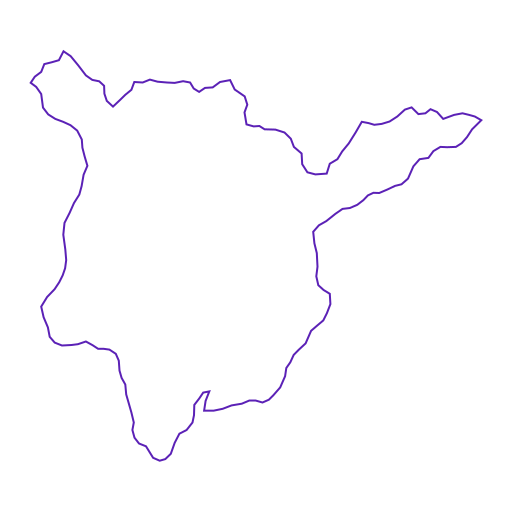 São José do Goiabal, Minas Gerais, Brazil (Equal Earth projection)
{"feature_id": "56859067B58749623581662", "entity_name": "São José do Goiabal", "entity_type": "district", "adm_level": 2, "iso_a3": "BRA", "parent_name": "Brazil", "parent_adm1": "Minas Gerais", "projection": "equal_earth", "projection_center": [-42.684, -19.938], "detail": "fine", "context": "isolated", "style": "outline", "palette": "violet", "viewbox_px": 512, "rotation_deg": 0, "n_neighbors": 0, "source": "geoboundaries", "source_scale": "gbopen_adm2", "svg_char_len": 2369}
<svg xmlns="http://www.w3.org/2000/svg" viewBox="0 0 512 512"><path d="M30.7,82.8L36.2,86.9L41.2,94.0L43.0,107.6L48.2,114.4L55.3,118.9L63.1,121.8L70.5,125.2L77.2,130.6L81.8,139.5L82.4,147.7L84.6,156.3L87.4,165.8L83.6,174.7L81.6,186.2L79.3,194.6L74.0,203.0L69.6,212.9L64.5,222.9L63.3,234.7L65.3,249.4L66.2,260.1L65.1,268.3L62.7,275.3L59.2,282.3L54.6,289.2L47.1,297.0L41.2,306.6L43.6,317.2L47.9,327.4L49.7,336.8L54.7,342.6L62.0,345.5L71.5,345.0L77.9,344.2L85.9,341.5L92.6,345.2L98.1,348.8L103.6,348.8L109.4,349.6L115.8,353.8L118.8,360.7L119.5,370.6L121.6,377.9L125.3,384.5L126.2,394.4L128.3,401.7L131.4,412.5L133.8,422.5L132.4,430.0L134.5,437.7L139.0,443.5L146.0,446.3L153.1,457.8L159.7,460.7L165.3,459.1L170.8,453.8L174.7,442.8L179.4,433.7L186.6,430.0L192.5,422.5L194.0,415.2L194.3,404.9L199.3,398.4L203.2,392.6L209.3,391.4L205.6,400.9L204.1,410.7L213.5,410.7L222.7,408.8L231.6,405.4L241.8,403.7L249.4,400.5L255.5,400.5L262.5,402.5L268.9,399.7L273.4,395.2L280.2,387.4L285.1,376.2L286.3,368.0L290.3,362.3L293.7,354.9L298.6,349.9L305.6,343.4L311.1,330.8L317.5,325.3L323.3,320.4L326.9,313.2L330.4,304.1L329.8,293.8L323.6,290.0L318.3,285.2L316.3,276.3L317.5,266.7L316.8,253.1L314.4,243.3L313.2,231.8L318.9,225.3L326.3,221.1L335.3,213.9L342.5,208.9L349.9,208.0L357.3,204.8L363.4,200.1L367.9,195.4L373.4,192.8L379.2,193.0L387.2,189.6L395.0,185.9L401.5,184.3L408.0,178.6L413.4,166.3L419.6,159.2L428.4,157.9L433.4,151.1L440.4,146.9L447.1,147.2L455.9,146.9L461.7,143.2L467.0,137.1L472.1,129.3L481.3,120.2L474.8,116.5L469.1,114.9L462.5,113.3L454.1,114.9L443.2,118.9L437.0,112.0L430.5,109.2L425.4,113.3L418.4,114.1L411.6,107.4L404.9,109.6L397.3,116.5L389.6,121.5L381.7,123.9L374.3,124.8L368.6,123.1L361.8,121.8L355.6,132.5L348.7,143.5L342.2,151.4L337.4,159.2L329.8,163.7L326.7,173.6L315.4,174.4L307.4,172.3L302.2,164.2L301.6,153.5L293.9,146.9L290.8,138.7L284.5,132.5L275.4,129.6L264.6,129.3L259.4,126.0L253.7,126.4L246.5,124.4L244.5,112.4L247.3,104.7L244.7,96.4L234.7,89.5L230.1,80.1L220.0,82.0L212.7,87.4L205.0,87.9L199.1,91.9L193.7,88.5L190.1,82.5L183.1,81.2L174.7,82.9L166.9,82.5L157.6,81.7L149.9,79.6L142.7,82.5L134.3,82.0L131.4,89.8L125.3,94.8L120.3,99.7L113.0,106.6L106.8,100.9L104.4,93.7L104.1,85.8L99.2,81.3L92.3,79.9L85.9,75.4L78.1,65.2L70.7,56.2L63.5,51.3L58.9,60.2L51.6,62.3L44.3,64.1L41.2,71.9L34.8,76.7L30.7,82.8Z" fill="none" stroke="#5b21b6" stroke-width="2"/></svg>